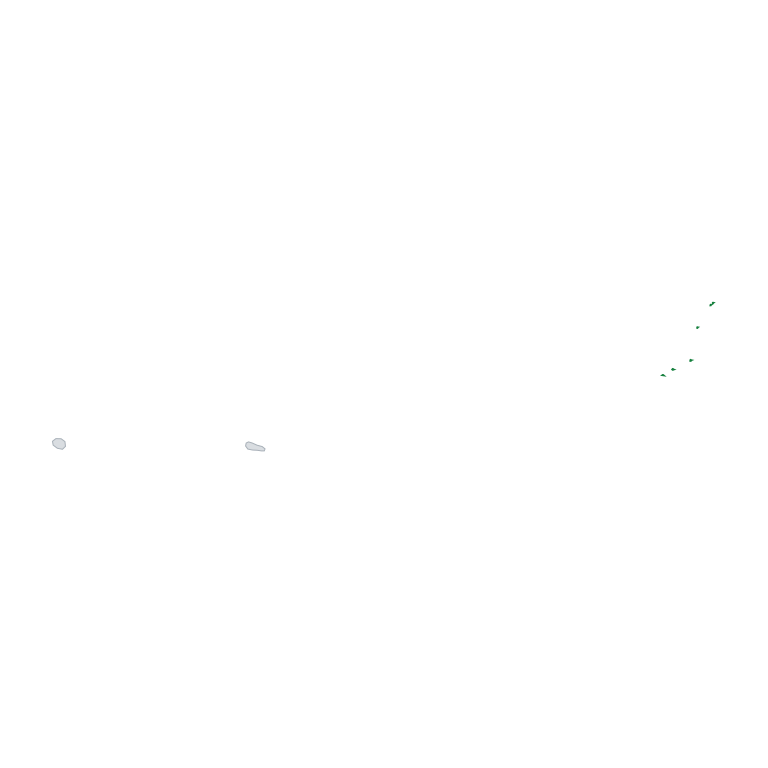 Shaviyani highlighted on a map of Maldives, rotated 86°
{"feature_id": "MDV-5225", "entity_name": "Shaviyani", "entity_type": "Atoll", "adm_level": 1, "iso_a3": "MDV", "parent_name": "Maldives", "parent_adm1": "", "projection": "robinson", "projection_center": [73.113, 6.266], "detail": "coarse", "context": "in_parent", "style": "filled", "palette": "green", "viewbox_px": 768, "rotation_deg": 86, "n_neighbors": 0, "source": "natural_earth", "source_scale": "10m", "svg_char_len": 1047}
<svg xmlns="http://www.w3.org/2000/svg" viewBox="0 0 768 768"><g transform="rotate(86 384 384)"><path d="M439.4,524.4L436.2,526.4L433.3,525.6L432.3,523.2L433.7,519.5L436.2,514.9L437.9,509.9L440.4,507.2L442.4,508.1L442.2,510.9L441.3,514.8L440.7,519.8L439.4,524.4ZM421.9,718.3L418.0,718.7L415.6,715.1L416.1,709.9L419.2,706.3L424.0,706.1L426.7,709.3L425.3,714.4L421.9,718.3Z" fill="#d9dde1" stroke="#a8b0b8" stroke-width="1"/><path d="M389.8,93.5L389.9,94.1L390.2,94.6L390.2,95.1L389.6,95.7L388.9,95.0L389.0,94.6L389.5,94.1L389.8,93.5ZM381.7,75.2L381.9,75.8L382.3,76.0L382.6,76.3L382.4,77.1L381.3,76.8L381.1,76.4L381.5,75.9L381.7,75.2ZM394.7,104.4L395.2,103.9L394.7,106.1L394.2,105.3L394.3,104.8L394.7,104.4ZM327.8,51.8L328.1,52.3L328.5,52.5L328.5,53.1L327.7,52.9L327.5,52.6L327.8,51.8ZM325.9,49.3L326.2,49.8L326.6,50.0L326.8,50.2L326.6,50.6L325.8,50.5L325.6,50.1L325.8,49.7L325.9,49.3ZM349.3,66.6L349.6,67.1L350.0,67.2L350.2,67.5L350.0,67.9L349.1,67.7L349.0,67.4L349.2,67.0L349.3,66.6Z" fill="#22c55e" stroke="#15803d" stroke-width="1.5"/></g></svg>